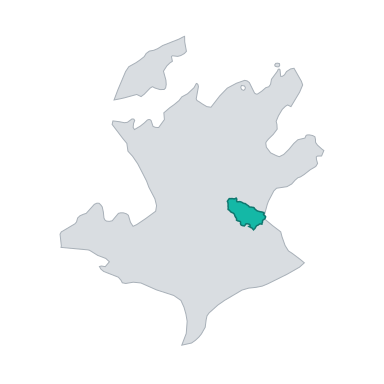 location of Qabala District, Qəbələ, Azerbaijan, rotated 98°
{"feature_id": "54616110B33746839775993", "entity_name": "Qabala District", "entity_type": "district", "adm_level": 2, "iso_a3": "AZE", "parent_name": "Azerbaijan", "parent_adm1": "Qəbələ", "projection": "orthographic", "projection_center": [47.798, 40.94], "detail": "fine", "context": "in_parent", "style": "filled", "palette": "teal", "viewbox_px": 384, "rotation_deg": 98, "n_neighbors": 0, "source": "geoboundaries", "source_scale": "gbopen_adm2", "svg_char_len": 5699}
<svg xmlns="http://www.w3.org/2000/svg" viewBox="0 0 384 384"><g transform="rotate(98 192 192)"><path d="M265.1,314.0L263.5,313.9L252.1,316.8L249.7,315.9L239.8,303.5L237.8,302.2L233.6,301.6L231.1,299.6L229.1,296.3L227.9,293.8L217.8,287.0L216.3,284.6L216.1,282.4L217.6,280.4L219.3,278.8L224.2,277.0L229.9,275.6L231.7,274.5L232.7,272.7L232.6,269.8L231.6,267.0L223.4,261.9L222.5,259.6L222.2,256.9L222.7,254.0L223.9,251.8L230.6,248.7L234.2,245.6L231.9,242.1L224.7,234.1L216.1,225.3L210.4,225.2L203.9,227.8L193.4,235.3L187.5,238.5L179.9,243.8L171.6,249.7L164.8,255.9L160.5,261.1L152.9,263.3L149.0,267.6L136.2,280.5L132.6,280.2L132.5,273.8L132.8,268.6L132.0,265.7L128.0,261.6L127.9,259.8L129.1,258.7L132.2,259.4L136.2,259.3L138.2,257.7L133.9,252.3L130.1,248.7L126.9,246.2L126.2,244.8L126.2,243.7L126.9,242.5L132.5,239.7L133.1,237.0L132.8,234.0L124.1,229.4L117.5,230.9L111.7,225.8L108.0,221.9L103.3,217.6L99.2,215.3L95.3,210.0L88.4,204.5L83.9,202.8L84.0,202.0L84.9,201.0L86.8,200.3L99.2,200.8L100.7,199.8L101.6,197.6L103.3,194.2L105.4,189.2L105.4,185.0L93.0,177.9L84.2,171.5L78.1,163.1L74.1,155.4L74.3,152.9L75.6,150.5L85.4,143.8L86.1,142.0L85.9,140.8L82.6,137.1L78.4,133.4L77.1,130.6L74.4,129.2L69.3,129.0L60.4,124.2L58.5,123.7L58.1,122.8L58.6,121.9L65.1,120.3L65.0,118.8L63.1,116.7L59.6,115.2L56.4,111.5L55.3,108.2L67.1,99.1L70.6,97.3L78.1,99.3L93.7,105.9L92.5,109.4L94.1,111.4L97.6,114.1L104.5,117.0L110.3,118.5L113.3,117.3L117.9,116.4L123.7,119.6L129.0,123.7L131.7,125.3L133.1,125.8L137.3,124.6L142.3,119.6L144.3,113.4L144.9,110.5L142.1,106.4L136.2,101.9L129.7,97.9L125.5,94.4L122.9,87.7L120.2,86.9L119.5,86.0L119.1,83.7L119.3,80.4L120.2,78.0L122.9,77.0L125.6,76.6L128.1,74.3L131.2,69.7L132.6,67.2L138.3,68.7L139.0,72.9L140.0,73.8L142.4,73.3L146.3,71.6L149.5,73.0L153.5,78.0L159.0,83.3L162.0,86.8L163.2,89.2L166.0,91.6L170.2,94.4L173.5,98.7L176.5,108.8L179.5,111.1L190.4,115.0L194.2,115.8L204.9,117.1L208.7,116.2L214.1,107.5L219.1,98.6L223.7,96.7L232.0,92.4L236.9,88.3L239.0,83.9L243.6,75.6L246.5,70.9L251.4,75.0L260.0,86.1L272.4,104.2L275.4,109.3L277.5,115.3L279.3,122.5L282.2,128.9L294.9,144.8L300.4,150.7L309.3,158.2L312.5,159.9L316.6,160.2L324.1,160.1L331.2,162.9L334.7,165.0L338.3,167.9L341.6,171.4L345.1,180.8L332.9,178.0L320.7,178.8L313.8,181.0L307.2,183.9L300.9,187.9L297.0,195.7L293.9,213.4L289.2,230.0L289.5,237.6L291.8,244.9L291.6,248.4L289.4,249.9L286.6,253.1L283.0,268.3L281.1,271.4L278.7,273.3L277.9,271.5L278.0,267.5L272.6,264.1L269.8,268.1L267.9,276.5L264.0,285.3L263.8,287.0L265.1,314.0ZM83.6,157.2L84.2,154.9L82.7,153.8L81.1,153.7L79.7,154.8L79.6,157.8L81.5,158.3L83.6,157.2ZM41.5,224.9L39.7,222.4L38.9,221.0L44.4,220.1L53.5,217.1L55.9,218.8L58.5,222.2L59.7,225.1L59.8,230.4L60.8,231.2L65.3,229.6L67.2,231.8L70.5,234.4L76.3,237.1L84.9,233.4L89.1,232.5L92.6,232.6L94.4,233.9L95.0,238.0L94.2,243.1L93.2,245.8L94.9,247.9L101.8,252.9L104.6,255.7L103.1,260.3L108.1,271.9L109.8,276.4L111.7,282.0L101.0,279.6L81.9,274.5L76.7,272.0L71.8,265.5L68.9,262.3L64.7,258.2L61.1,256.6L58.4,253.8L57.0,249.6L54.8,245.9L51.0,241.4L42.6,226.5L41.5,224.9ZM55.9,127.1L54.7,127.8L53.0,127.0L52.5,125.1L52.7,123.2L54.4,122.8L55.9,123.4L56.2,125.2L55.9,127.1Z" fill="#d9dde1" stroke="#a8b0b8" stroke-width="1"/><path d="M208.1,116.0L207.5,116.0L207.2,115.8L207.0,115.7L206.6,115.7L206.3,115.7L206.1,115.7L205.9,115.9L205.8,116.2L205.7,116.4L205.3,116.6L205.2,116.7L205.1,116.9L205.0,117.1L204.9,117.3L204.9,117.5L204.6,117.9L204.5,118.0L204.0,118.1L203.6,118.0L203.3,117.8L203.0,117.6L202.6,117.9L202.5,118.0L202.3,118.0L202.3,119.0L202.1,119.7L202.0,120.1L202.1,120.7L202.1,121.3L202.0,121.6L202.0,122.2L201.9,122.8L201.8,123.5L201.8,124.1L201.5,124.9L201.4,125.3L201.1,125.8L200.8,126.2L200.6,126.5L200.3,126.9L200.1,127.3L199.8,127.8L199.3,128.1L198.9,128.4L198.8,128.9L198.7,129.4L198.8,130.1L198.7,131.5L198.9,132.5L198.6,133.5L198.0,133.9L197.7,134.5L197.4,135.1L197.2,135.6L196.7,136.5L196.2,137.4L196.0,137.9L196.1,138.8L195.8,140.0L195.4,140.8L195.1,141.8L194.9,142.7L194.9,143.8L195.1,144.3L195.3,145.0L195.3,145.5L195.4,146.0L194.9,146.5L194.4,146.6L194.1,146.6L193.8,146.6L193.4,146.6L192.8,146.7L192.3,147.0L191.9,147.4L192.0,147.5L192.2,148.0L192.5,148.2L192.8,148.7L192.9,149.3L193.0,149.9L192.9,150.6L192.9,151.1L192.9,151.7L193.2,152.3L193.2,153.0L193.2,153.4L193.3,153.9L193.4,154.2L193.8,154.4L194.2,154.7L194.6,154.9L195.3,155.2L195.7,155.4L196.2,155.7L196.6,155.6L197.2,155.1L197.8,154.8L198.1,154.8L198.6,154.7L199.3,154.5L199.9,154.4L200.5,154.4L201.3,154.3L201.7,154.0L202.1,154.0L202.7,154.0L203.2,153.9L203.9,153.9L204.3,153.8L204.4,153.2L204.5,153.0L204.9,152.7L205.0,152.3L205.2,152.1L205.4,151.8L205.7,151.6L205.9,151.3L206.2,151.0L206.4,150.7L206.4,150.4L206.7,149.9L206.8,149.3L206.9,148.9L207.2,148.3L207.3,148.0L207.5,147.6L207.9,147.2L208.3,146.9L208.8,146.6L209.3,146.4L209.8,146.2L210.3,145.7L210.5,145.4L211.1,145.3L211.4,144.8L211.6,144.6L212.0,144.3L212.5,144.1L212.9,144.1L213.2,144.0L213.7,144.0L213.9,143.5L214.2,142.8L214.2,142.1L214.4,141.2L214.4,140.4L214.7,139.9L215.2,139.7L216.6,139.6L217.3,139.2L217.9,138.7L218.1,138.1L218.3,136.9L218.3,136.1L218.3,135.4L217.2,134.7L216.7,134.3L216.0,134.1L215.9,133.7L215.7,133.0L215.8,132.4L215.9,131.7L215.9,131.1L216.0,130.6L216.3,130.3L216.6,130.0L217.0,129.8L217.7,129.7L218.0,130.2L218.1,130.6L218.2,130.9L218.4,130.6L218.5,129.9L218.7,129.5L219.1,128.8L219.0,128.2L219.3,127.7L219.7,127.3L220.2,126.7L220.5,126.3L220.9,125.8L220.4,125.5L219.5,124.7L218.6,124.3L217.2,123.8L216.3,123.2L215.7,122.1L214.7,121.1L214.1,120.3L214.1,119.2L214.1,118.3L213.7,118.3L213.0,118.3L212.3,118.0L211.5,118.1L210.3,118.1L209.8,117.7L209.3,117.0L208.3,116.3L208.1,116.0Z" fill="#14b8a6" stroke="#0f766e" stroke-width="1.5"/></g></svg>